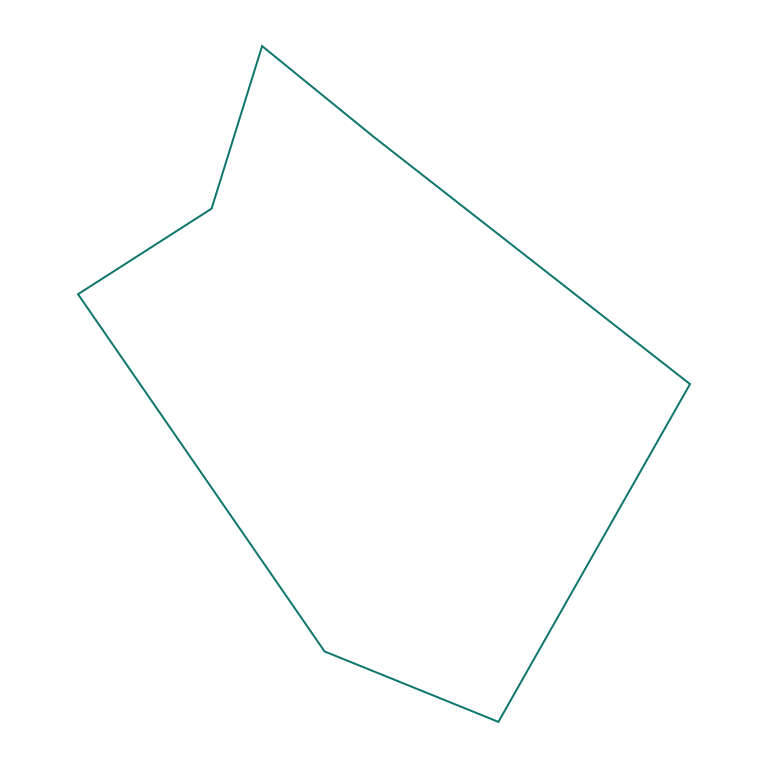 Cascade, Natural Earth projection
{"feature_id": "SYC-5208", "entity_name": "Cascade", "entity_type": "state/province", "adm_level": 1, "iso_a3": "SYC", "parent_name": "Seychelles", "parent_adm1": "", "projection": "natural_earth1", "projection_center": [55.497, -4.666], "detail": "fine", "context": "isolated", "style": "outline", "palette": "teal", "viewbox_px": 768, "rotation_deg": 0, "n_neighbors": 0, "source": "natural_earth", "source_scale": "10m", "svg_char_len": 244}
<svg xmlns="http://www.w3.org/2000/svg" viewBox="0 0 768 768"><path d="M262.1,46.1L373.6,136.8L690.0,384.1L544.6,640.4L498.4,721.9L423.7,691.6L324.6,651.5L78.0,294.2L211.6,208.6L262.1,46.1Z" fill="none" stroke="#0f766e" stroke-width="2"/></svg>